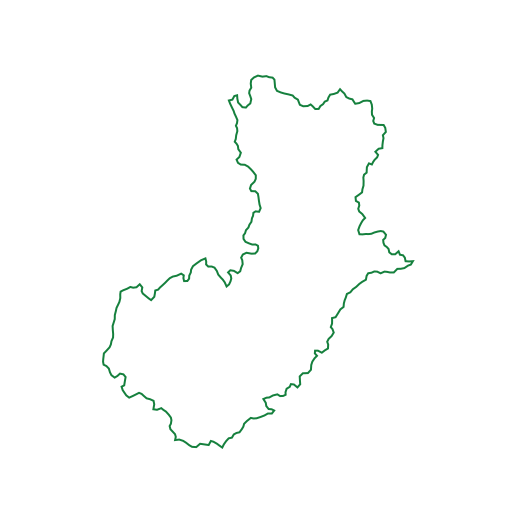 the district of Novo Oriente de Minas, Minas Gerais, Brazil, rotated 221°
{"feature_id": "56859067B87860845609975", "entity_name": "Novo Oriente de Minas", "entity_type": "district", "adm_level": 2, "iso_a3": "BRA", "parent_name": "Brazil", "parent_adm1": "Minas Gerais", "projection": "albers", "projection_center": [-41.219, -17.24], "detail": "fine", "context": "isolated", "style": "outline", "palette": "green", "viewbox_px": 512, "rotation_deg": 221, "n_neighbors": 0, "source": "geoboundaries", "source_scale": "gbopen_adm2", "svg_char_len": 5200}
<svg xmlns="http://www.w3.org/2000/svg" viewBox="0 0 512 512"><g transform="rotate(221 256 256)"><path d="M271.7,69.2L268.6,67.3L265.6,66.5L262.5,65.7L258.8,65.9L257.1,69.6L255.7,73.0L254.5,76.0L251.8,76.9L249.1,76.8L245.2,76.8L242.0,78.4L238.3,79.5L235.5,77.3L232.9,73.0L229.8,75.0L227.7,79.0L225.0,79.1L221.9,79.5L217.7,79.0L214.2,78.2L212.1,76.6L210.2,73.6L209.6,71.0L206.9,69.1L202.8,68.7L200.2,68.4L197.9,66.9L196.3,64.0L193.5,67.1L189.7,68.7L186.3,69.2L182.3,69.4L179.1,70.0L175.7,72.6L175.0,77.6L171.1,80.1L167.7,82.3L168.7,86.8L166.3,87.9L162.3,88.7L159.4,88.9L155.8,89.3L156.7,92.8L157.1,96.7L157.0,100.5L155.0,103.1L155.7,106.8L154.6,109.7L152.8,112.1L153.1,116.0L153.6,118.9L154.9,121.6L154.6,125.5L153.7,130.4L151.2,131.8L149.1,133.9L147.0,137.4L145.0,141.2L143.7,144.9L140.7,147.5L140.9,151.3L143.6,150.6L146.1,148.8L149.8,149.5L152.3,151.6L156.6,152.9L155.1,156.0L153.2,157.9L151.7,161.9L149.1,165.6L145.9,166.1L143.7,168.2L142.6,170.7L144.4,172.6L145.8,175.9L144.7,179.4L145.6,182.2L143.1,183.9L138.5,184.0L138.5,188.2L141.2,190.9L144.0,193.8L143.7,198.2L140.0,201.7L139.9,206.2L142.8,210.0L144.2,213.3L144.7,217.2L144.5,220.7L147.7,221.1L149.3,223.3L147.1,225.2L142.9,226.2L142.1,230.1L141.0,233.4L143.4,236.5L146.0,238.0L146.8,241.1L146.4,245.2L147.1,249.2L150.3,251.0L152.9,251.4L154.2,254.8L156.1,257.1L157.9,259.0L155.8,262.0L156.5,266.4L157.3,271.1L156.5,275.0L158.6,277.9L160.0,280.7L161.0,283.6L162.5,287.0L161.0,290.5L161.1,294.4L160.1,298.5L159.7,302.8L158.9,306.2L157.5,310.2L159.5,313.6L160.0,316.6L157.9,319.1L156.6,321.9L154.3,323.7L150.6,324.7L148.8,328.5L146.7,330.0L144.0,331.5L141.2,334.0L140.9,339.0L138.3,341.4L136.1,344.2L134.9,348.6L133.5,351.1L134.2,355.0L136.9,352.3L139.7,350.2L142.6,352.4L145.5,353.0L148.2,351.4L151.5,353.1L152.1,348.6L154.6,346.4L157.8,346.2L160.6,348.3L163.3,348.6L166.0,348.3L168.5,349.6L170.6,351.6L170.3,354.4L171.8,357.3L175.9,358.0L178.2,356.7L180.1,354.4L182.1,351.4L183.5,348.5L185.4,346.4L187.5,344.7L189.9,342.1L192.2,340.3L195.9,342.6L197.4,346.5L198.3,350.1L198.8,353.1L198.6,356.3L203.3,357.4L207.3,357.3L209.8,358.7L211.2,361.9L213.4,363.8L216.7,363.1L219.5,365.7L218.4,370.2L217.7,373.6L219.4,376.1L221.0,379.6L223.9,383.1L226.5,385.7L227.8,388.3L227.2,391.5L228.8,393.5L230.6,395.8L231.5,400.0L228.6,401.1L229.3,403.8L229.6,406.5L229.3,409.9L230.2,412.4L234.3,413.0L233.8,417.4L231.4,420.3L233.3,422.6L235.4,425.7L237.1,428.6L239.5,430.4L239.4,434.8L242.5,437.5L245.6,438.6L247.7,436.9L250.2,434.8L253.6,433.5L256.1,434.8L257.4,437.6L261.1,438.7L263.4,441.1L265.0,443.5L267.9,446.2L271.3,448.0L274.1,446.2L276.7,443.5L278.4,439.2L281.0,436.0L283.5,436.7L286.0,437.5L288.9,436.0L292.1,435.2L295.9,436.6L299.4,436.7L302.0,437.0L301.6,432.8L303.6,429.3L305.9,426.4L305.3,423.1L304.1,420.3L305.4,417.6L305.0,414.6L305.8,411.5L305.2,408.1L307.7,405.8L311.6,406.2L314.2,406.2L315.4,403.1L318.6,400.0L322.1,398.9L324.6,400.2L327.0,401.5L330.7,400.8L333.6,401.2L337.5,399.3L341.3,397.2L344.6,395.7L348.5,394.4L352.2,395.8L355.4,398.9L357.8,401.2L360.5,401.5L363.5,399.5L366.1,398.6L368.8,395.6L372.9,393.4L374.7,389.4L375.1,385.7L373.1,382.7L370.0,379.9L369.4,376.6L368.0,374.4L365.4,373.0L362.5,371.3L360.4,367.4L361.0,364.1L361.0,361.4L363.9,359.4L366.7,359.8L370.2,360.1L373.3,362.5L375.7,364.9L377.3,362.5L376.4,358.5L378.5,355.6L375.5,354.0L371.8,352.4L368.0,350.8L365.7,349.4L362.5,348.0L359.2,346.4L357.5,343.8L356.6,341.1L354.2,340.1L352.0,338.0L350.2,334.2L348.0,331.0L347.0,328.3L344.4,328.0L341.9,327.2L339.4,325.0L335.2,324.0L333.5,319.8L333.9,316.0L330.7,314.5L327.5,315.0L324.3,317.5L320.6,318.3L316.7,318.1L313.5,317.7L309.1,316.8L306.8,314.1L305.9,311.1L306.3,306.4L304.8,302.9L302.1,301.9L299.0,304.4L295.4,304.2L292.8,302.1L289.9,299.5L287.0,297.1L283.9,295.2L282.7,291.4L285.6,289.4L286.3,286.9L284.6,284.4L283.8,281.8L281.9,278.8L281.5,275.3L280.4,272.5L280.5,268.9L279.2,266.0L279.0,263.3L276.6,260.7L273.2,259.8L269.4,261.0L266.3,262.2L263.9,264.4L261.3,265.0L259.3,263.3L258.1,260.4L258.3,257.3L260.9,254.8L265.3,252.2L266.9,248.5L266.1,245.0L263.6,243.8L260.7,241.1L259.4,237.2L257.9,234.1L258.6,231.0L262.9,230.3L266.0,228.4L266.3,225.3L262.3,224.7L259.9,222.8L258.6,220.1L257.7,216.9L258.2,213.7L262.3,215.6L265.6,216.4L268.2,216.6L272.3,217.2L275.7,219.0L279.7,220.0L282.5,219.0L285.1,216.7L288.1,216.9L289.9,219.1L292.6,221.0L294.7,216.7L296.0,211.4L296.9,207.0L296.0,203.1L294.4,200.8L293.5,197.4L291.6,195.0L291.4,192.1L293.8,189.9L296.3,191.7L297.8,194.0L300.9,193.6L302.9,189.1L305.3,185.9L306.5,182.7L306.8,179.6L307.0,176.0L307.4,172.3L307.8,169.2L307.8,166.4L309.4,163.9L307.6,161.2L306.0,158.5L306.2,153.9L309.2,153.6L313.2,153.5L316.9,153.4L319.3,154.5L321.2,157.7L325.2,158.4L325.7,154.0L327.9,151.5L330.5,150.2L331.8,146.7L333.7,143.1L334.8,140.3L333.4,138.1L330.8,135.2L329.0,131.8L328.2,129.0L327.2,125.3L325.7,122.6L323.8,118.8L321.2,115.7L319.7,112.3L318.3,109.1L315.3,106.0L312.6,103.4L310.4,100.7L309.2,96.9L307.5,94.0L306.6,91.0L306.7,86.5L306.9,82.7L305.3,80.4L303.8,78.2L302.1,75.9L299.7,74.0L296.7,74.8L293.2,74.5L289.9,72.4L286.9,71.2L282.9,71.5L281.9,74.5L281.5,78.0L278.4,79.7L275.0,79.1L272.9,75.6L270.6,71.9L271.7,69.2Z" fill="none" stroke="#15803d" stroke-width="2"/></g></svg>